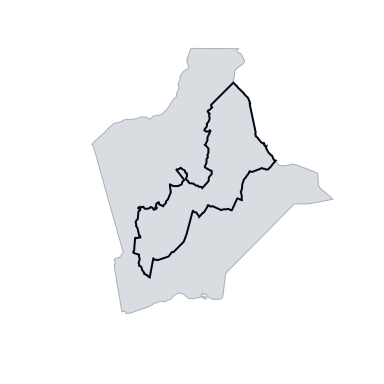 Eastern on a map of Kenya (Albers equal-area conic projection), rotated 45°
{"feature_id": "KEN-889", "entity_name": "Eastern", "entity_type": "National Capital Area", "adm_level": 1, "iso_a3": "KEN", "parent_name": "Kenya", "parent_adm1": "", "projection": "albers", "projection_center": [37.864, 0.691], "detail": "fine", "context": "in_parent", "style": "outline", "palette": "ink", "viewbox_px": 384, "rotation_deg": 45, "n_neighbors": 0, "source": "natural_earth", "source_scale": "10m", "svg_char_len": 8657}
<svg xmlns="http://www.w3.org/2000/svg" viewBox="0 0 384 384"><g transform="rotate(45 192 192)"><path d="M87.4,229.1L87.3,224.6L88.0,213.2L87.9,203.1L88.5,198.1L91.0,194.9L92.1,192.6L93.0,189.4L94.3,186.7L97.2,184.6L97.7,183.4L100.8,179.8L102.7,175.2L104.1,173.7L105.9,172.2L107.1,171.5L109.2,170.7L110.8,170.3L111.1,169.9L111.2,169.2L110.7,166.3L111.3,165.4L112.4,163.5L113.7,161.7L114.8,160.5L115.4,159.4L115.7,157.4L115.8,155.9L115.8,153.6L115.4,148.3L114.1,143.9L113.3,138.9L113.9,137.3L112.9,134.4L112.4,134.2L111.6,133.6L110.5,130.8L109.7,128.3L109.2,127.7L105.7,125.5L104.0,120.4L102.0,119.2L100.9,114.1L100.7,112.6L101.9,107.5L101.8,106.3L100.6,105.3L97.3,104.1L94.6,102.0L95.0,101.3L95.2,100.5L93.8,100.0L89.7,91.3L95.0,86.0L100.3,80.7L107.2,74.0L113.4,67.8L118.8,62.5L123.6,57.8L123.5,58.7L123.5,59.9L124.1,60.6L125.1,61.1L126.5,60.6L127.7,59.9L128.9,59.7L136.1,61.7L137.3,63.4L137.2,65.3L137.5,66.7L137.0,68.0L136.4,72.1L136.5,75.9L138.7,78.6L140.6,80.8L142.2,83.9L143.3,84.8L144.9,85.3L149.8,85.5L157.2,85.7L164.3,85.9L164.9,85.9L166.4,86.4L172.9,90.5L178.9,94.3L183.9,97.6L188.8,100.8L193.6,103.9L197.3,106.5L200.9,107.3L206.9,107.7L211.0,107.8L214.8,108.9L220.4,109.9L224.6,110.4L227.1,111.0L234.2,111.6L235.3,111.2L238.5,108.4L241.9,103.7L243.3,101.1L247.8,98.6L255.7,95.0L261.2,92.5L267.4,89.9L270.2,92.1L274.1,95.6L275.9,97.3L277.3,98.1L279.4,98.6L281.9,98.6L283.3,98.5L286.2,98.1L292.9,97.6L296.7,97.6L293.5,102.3L289.7,107.9L282.6,118.2L277.2,123.6L273.1,127.7L272.7,128.4L272.8,133.0L272.8,144.1L273.0,166.4L273.1,188.6L273.3,210.9L273.3,222.0L273.4,225.7L277.0,230.4L280.5,234.9L285.2,240.9L287.7,244.1L288.1,245.2L288.0,247.4L284.2,251.9L281.0,254.0L276.8,255.0L275.6,254.8L273.9,254.1L273.2,255.2L272.8,256.9L271.8,256.6L271.1,256.1L271.5,259.1L272.0,260.6L271.4,262.6L269.3,264.3L269.1,265.8L264.7,269.7L258.4,270.1L255.1,272.0L253.6,273.6L252.5,277.0L252.9,282.3L251.1,286.4L250.8,288.4L247.5,291.0L246.1,293.4L245.0,295.9L244.1,297.0L243.0,302.4L241.5,305.8L241.1,306.9L240.7,307.9L239.5,309.8L238.8,311.2L238.2,312.1L234.4,320.6L231.4,324.5L229.0,324.0L227.5,325.5L227.3,326.2L226.5,325.8L224.5,324.4L220.4,321.5L216.4,318.6L212.3,315.7L208.3,312.9L204.2,310.0L200.2,307.1L196.1,304.2L192.1,301.3L189.7,299.6L188.7,298.6L187.9,296.6L187.5,296.1L186.4,295.4L185.1,295.3L184.7,294.9L184.8,293.9L185.2,292.6L186.7,289.9L186.9,288.3L186.6,286.5L186.1,283.7L185.7,283.0L183.0,281.6L177.4,278.4L171.8,275.3L166.2,272.2L160.6,269.0L155.0,265.9L149.3,262.8L143.7,259.6L138.1,256.5L132.5,253.3L126.9,250.2L121.3,247.0L115.7,243.9L110.1,240.7L104.5,237.6L98.9,234.4L93.3,231.3L91.2,230.1L89.4,229.1L87.4,229.1ZM273.9,259.6L272.9,259.9L273.4,258.3L276.3,256.4L277.5,256.8L277.7,257.3L277.6,257.7L277.1,258.1L273.9,259.6Z" fill="#d9dde1" stroke="#a8b0b8" stroke-width="1"/><path d="M148.9,85.3L149.6,85.6L150.0,85.7L158.9,85.5L159.8,85.9L164.8,85.8L166.4,86.3L168.2,87.2L169.3,87.4L169.5,87.6L170.0,88.3L170.1,88.5L170.7,88.4L170.9,88.5L171.0,88.7L171.4,89.7L171.8,89.8L194.4,104.5L194.9,105.0L195.6,106.0L196.0,106.5L196.3,106.7L197.1,106.9L197.7,107.5L198.0,107.5L198.9,107.3L199.7,107.3L205.3,107.9L206.7,107.8L208.1,107.2L208.1,106.6L208.4,106.5L209.0,106.9L209.2,107.2L209.4,107.5L210.1,107.7L210.6,107.5L210.8,107.8L212.3,107.9L212.4,107.2L213.1,108.2L213.5,108.6L214.0,108.8L218.5,110.1L219.2,110.1L220.3,109.9L220.7,109.9L221.1,110.1L221.5,110.1L223.0,109.7L226.0,111.0L227.0,111.3L228.0,111.2L229.0,110.6L229.4,115.9L229.6,116.9L229.8,118.4L229.8,121.8L229.7,122.5L229.1,123.0L228.5,123.8L228.2,123.9L226.7,124.4L225.9,125.2L224.9,125.5L224.4,125.8L224.1,126.2L224.0,127.3L223.8,127.5L220.5,134.9L220.0,135.7L218.6,136.2L218.3,136.3L218.1,136.9L218.7,138.2L219.1,139.8L219.2,141.3L219.8,144.4L219.8,146.5L220.1,147.0L220.2,147.4L220.7,147.8L220.8,148.1L221.2,149.2L222.0,150.7L223.1,152.4L224.1,153.2L224.6,153.6L225.1,154.7L225.6,155.3L225.9,155.8L226.1,157.0L226.3,157.3L226.8,157.7L228.0,158.2L228.6,158.8L230.2,159.7L230.6,160.1L231.0,160.8L231.6,161.4L232.1,161.7L232.5,162.1L233.1,162.4L233.1,162.5L229.0,164.2L228.6,164.5L228.6,164.8L233.0,176.5L233.0,176.9L232.5,177.2L229.4,178.4L228.4,180.1L228.0,180.5L227.2,181.2L226.8,181.6L226.1,182.7L225.8,183.2L225.6,183.8L225.5,184.1L216.7,187.4L216.4,187.6L216.0,188.5L215.4,189.2L215.2,189.3L213.4,189.5L212.7,190.0L212.6,190.5L213.1,190.9L213.2,191.0L214.7,197.2L214.8,198.2L214.4,199.1L214.7,204.6L213.7,204.2L213.6,203.9L213.1,204.1L212.7,204.0L212.3,203.9L211.7,204.0L210.1,203.5L209.4,203.5L208.1,204.5L207.3,204.8L206.7,204.6L206.0,204.6L206.0,205.0L218.0,225.7L221.1,232.5L221.3,233.1L221.4,247.3L221.2,247.7L220.4,248.6L220.3,249.0L221.0,253.4L221.0,254.2L220.8,254.7L216.0,264.3L215.7,264.7L215.0,264.9L214.6,265.1L214.0,265.9L213.5,266.3L212.9,266.4L211.7,266.2L211.6,266.3L222.5,282.3L222.1,282.4L221.7,282.2L220.8,282.7L220.5,282.7L220.1,282.6L219.4,282.7L218.6,282.6L218.3,282.7L217.7,283.2L217.0,283.3L216.6,283.5L216.1,283.6L216.1,283.2L215.9,283.0L214.7,282.9L213.6,282.5L212.4,282.6L211.8,282.3L211.1,282.0L210.6,281.5L209.3,280.9L208.7,280.8L208.3,281.1L207.9,281.1L207.3,281.2L206.8,281.5L205.9,280.6L204.6,280.0L204.3,279.8L203.5,278.1L202.4,276.4L201.8,275.9L200.4,275.3L199.6,274.7L199.0,273.9L198.6,273.7L198.3,273.9L198.1,274.1L197.4,274.6L194.2,276.1L193.6,276.3L192.9,276.1L192.6,274.7L192.3,274.1L184.4,264.9L184.4,264.4L184.6,264.1L185.1,263.7L185.8,263.5L186.0,263.3L186.2,263.0L186.5,261.4L186.9,261.0L187.7,260.8L187.7,260.7L186.5,259.9L186.1,259.8L185.1,259.9L184.4,259.6L182.7,258.3L181.9,258.0L180.1,256.8L178.6,256.0L177.9,255.8L176.6,255.6L175.5,254.4L174.9,254.0L174.0,253.6L173.7,253.4L173.5,253.1L173.2,252.5L172.7,251.3L172.7,250.7L172.9,249.8L172.5,249.2L168.7,244.6L168.0,243.5L167.8,242.7L168.2,241.4L168.1,241.2L167.2,240.9L166.9,240.9L166.6,241.0L165.6,241.4L165.3,241.4L165.2,241.2L165.3,240.1L166.1,240.2L166.3,240.1L166.7,239.6L166.8,239.4L166.4,238.9L166.4,238.7L167.6,237.8L167.8,237.4L167.9,237.0L168.0,236.9L170.2,237.2L170.5,237.2L172.6,235.1L173.1,234.0L173.4,233.1L173.3,232.2L173.7,231.6L174.3,231.3L175.0,231.3L176.1,231.0L176.4,231.0L177.3,231.6L177.6,231.3L178.3,230.2L178.3,229.7L178.6,228.7L178.5,228.4L178.4,228.2L177.5,228.6L177.0,228.6L176.6,227.9L176.3,226.8L176.1,226.6L175.2,225.8L175.1,225.3L175.4,223.4L175.5,223.0L175.9,222.8L176.2,222.9L177.4,223.8L177.7,223.9L177.9,223.8L181.4,222.5L181.7,222.4L181.5,221.9L181.3,221.2L181.3,218.4L181.1,218.0L180.3,217.0L180.2,216.8L180.2,214.5L180.1,214.1L177.3,207.3L177.1,207.1L171.7,203.0L171.1,202.3L171.8,201.9L174.4,201.1L175.3,200.4L178.2,197.4L178.3,197.1L178.4,195.9L179.1,194.9L179.2,194.0L179.2,193.6L178.8,192.9L178.2,192.0L178.0,191.5L178.0,189.3L177.8,189.0L177.5,188.9L165.6,187.4L165.3,187.3L165.2,187.2L165.2,186.8L165.7,186.4L166.2,185.8L166.3,185.2L166.7,184.8L166.7,184.5L166.7,183.5L166.8,183.0L167.0,182.8L167.8,182.9L169.7,182.5L170.3,182.3L170.9,182.0L171.3,181.9L171.7,182.0L172.5,182.4L173.0,182.4L173.3,182.8L173.7,183.0L174.3,183.0L174.5,182.9L174.9,182.6L175.3,182.5L176.5,183.5L177.3,184.7L177.9,185.7L178.1,186.5L178.8,187.2L179.5,187.4L181.1,187.0L181.4,187.0L182.3,187.5L182.6,187.5L183.3,187.4L183.7,187.6L183.8,187.6L184.1,187.2L184.8,186.9L185.7,186.1L186.5,185.6L187.0,185.1L187.5,185.2L187.8,185.2L188.6,184.8L189.5,184.8L190.3,184.6L190.7,184.4L191.1,183.7L191.8,183.3L192.1,183.3L192.5,183.5L192.8,183.5L193.8,182.9L195.1,181.7L195.4,181.7L196.5,182.0L196.0,172.9L195.9,172.4L195.6,172.0L194.0,170.2L193.7,169.7L193.5,169.3L193.3,165.7L193.1,165.3L192.8,164.9L191.1,163.3L190.9,163.2L190.4,163.5L189.8,163.9L189.5,164.0L188.9,163.9L188.7,164.0L187.7,164.5L187.2,164.6L186.6,164.5L185.8,165.0L184.8,165.1L184.0,165.4L183.6,165.4L183.3,165.3L183.2,165.1L181.4,160.9L180.9,160.3L179.8,159.4L179.0,158.4L178.7,156.3L178.6,156.1L177.3,155.4L176.8,154.9L176.3,153.7L175.7,152.5L175.2,151.9L174.1,151.1L173.7,150.4L173.4,150.0L172.5,149.6L169.9,149.4L168.0,149.5L167.7,149.5L167.8,148.6L167.5,147.8L166.4,144.7L166.0,144.1L164.5,142.7L164.3,142.4L162.0,136.0L161.8,135.8L161.5,135.7L161.2,135.7L160.9,135.8L161.2,136.6L161.0,137.2L160.7,137.7L159.3,139.2L158.9,139.4L158.2,139.3L157.9,139.3L157.6,139.3L157.3,139.6L156.6,138.9L156.4,137.8L156.4,136.6L156.2,135.5L155.6,134.4L155.1,133.9L154.3,133.4L154.1,132.8L154.1,130.8L153.6,129.9L153.4,129.1L153.1,128.6L152.6,127.7L152.0,127.2L150.6,126.2L149.5,125.2L149.4,125.1L149.2,124.3L149.1,124.1L148.9,124.1L148.5,124.5L148.2,124.6L147.6,124.2L147.4,124.1L146.4,124.1L146.0,123.9L145.8,123.4L146.5,120.5L146.5,120.2L146.2,119.1L146.5,118.0L146.4,117.8L145.5,117.9L144.6,117.5L144.1,117.2L143.9,116.5L143.9,85.5L147.7,85.5L148.9,85.3Z" fill="none" stroke="#020617" stroke-width="2"/></g></svg>